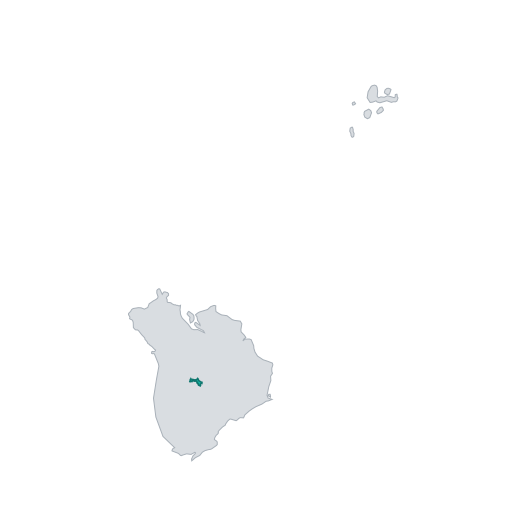 location of Mera, Pastaza, Ecuador, rotated 119°
{"feature_id": "8360857B12620262069407", "entity_name": "Mera", "entity_type": "district", "adm_level": 2, "iso_a3": "ECU", "parent_name": "Ecuador", "parent_adm1": "Pastaza", "projection": "orthographic", "projection_center": [-78.038, -1.449], "detail": "fine", "context": "in_parent", "style": "filled", "palette": "teal", "viewbox_px": 512, "rotation_deg": 119, "n_neighbors": 0, "source": "geoboundaries", "source_scale": "gbopen_adm2", "svg_char_len": 5663}
<svg xmlns="http://www.w3.org/2000/svg" viewBox="0 0 512 512"><g transform="rotate(119 256 256)"><path d="M466.3,212.9L464.9,213.9L461.4,214.2L458.6,213.4L457.5,213.4L457.3,214.3L461.0,216.6L462.7,220.8L465.3,223.3L466.9,224.6L467.0,225.5L466.5,227.1L466.3,228.5L467.2,234.9L466.6,235.3L464.7,235.3L463.1,234.2L458.9,249.9L445.4,265.5L430.1,276.7L412.5,283.1L399.5,287.5L397.5,289.2L391.1,297.1L390.8,297.9L391.7,299.2L391.8,300.1L390.8,300.6L390.0,300.7L389.6,300.3L389.4,299.3L388.5,298.3L387.5,298.1L386.9,298.3L386.9,299.2L385.6,303.4L385.5,305.5L385.0,306.3L385.0,308.1L383.7,309.9L382.7,312.7L381.6,313.6L380.2,318.0L378.3,322.4L378.1,323.9L378.8,325.0L379.0,325.8L378.1,328.5L373.6,331.2L372.4,332.5L371.9,333.9L372.2,335.2L372.1,336.2L370.6,336.6L369.1,339.1L368.0,339.6L365.2,338.8L363.1,338.8L361.5,338.0L358.2,333.8L357.0,331.3L356.6,327.9L353.5,325.7L349.4,326.3L348.1,325.5L345.1,324.1L342.5,322.4L340.5,321.6L339.0,322.0L336.5,324.8L334.2,326.0L333.2,325.9L331.7,325.1L331.5,324.2L335.0,319.4L332.4,319.3L331.5,318.3L331.3,317.1L330.9,315.8L331.4,314.2L332.8,313.4L334.8,314.1L336.2,314.1L337.2,312.6L339.1,311.5L339.4,310.8L338.4,308.5L338.2,307.2L338.5,306.5L338.4,303.9L337.8,303.0L337.7,301.6L337.2,300.8L337.0,299.0L335.7,298.1L339.9,296.4L341.5,295.1L343.4,293.9L345.0,292.1L346.1,290.4L348.6,282.2L351.0,277.1L350.6,274.6L348.6,271.3L348.2,266.4L348.3,264.9L348.1,263.8L346.8,265.8L347.1,273.1L345.9,276.3L344.3,277.1L343.2,276.5L343.8,271.2L342.6,272.2L340.7,275.8L337.6,278.4L337.4,279.3L336.6,280.4L334.2,279.4L332.4,278.3L326.3,272.4L322.3,271.1L319.9,269.1L319.3,268.2L319.1,267.0L321.5,265.8L324.0,264.1L324.3,260.4L324.2,257.5L322.3,252.5L323.2,246.1L322.7,243.5L320.6,238.2L322.2,235.5L327.8,233.5L329.6,232.2L330.9,227.9L332.2,225.4L334.7,226.4L336.6,226.3L334.0,225.3L331.8,221.5L331.5,219.7L335.6,214.5L337.8,213.1L340.5,210.3L342.8,206.1L343.3,199.5L342.4,194.8L341.7,189.8L343.0,188.5L346.5,187.8L349.3,186.2L350.7,184.7L354.0,185.0L357.8,182.6L364.0,181.5L372.5,178.8L374.4,176.5L373.6,172.4L376.7,174.9L378.2,176.8L382.6,179.0L387.8,183.0L391.2,185.0L394.9,186.8L400.3,188.7L403.6,188.4L405.0,191.4L406.2,192.2L409.3,193.2L409.7,193.6L410.9,199.1L411.5,199.9L414.2,200.8L417.5,201.1L418.9,200.9L421.8,202.4L426.3,203.7L427.9,203.9L428.6,203.6L428.9,203.1L430.2,203.2L432.1,203.9L434.9,204.0L436.7,203.4L437.1,200.3L437.7,199.6L439.7,198.5L440.8,198.7L446.0,201.2L447.1,202.0L448.4,203.7L450.9,206.2L453.6,207.8L457.7,208.5L461.7,211.2L466.3,212.9ZM54.4,210.5L56.0,212.1L56.8,216.9L61.9,221.9L62.6,224.7L62.1,226.0L62.4,226.5L64.8,228.5L66.4,230.6L63.7,235.5L58.0,237.6L52.0,237.5L50.8,237.0L49.1,235.2L48.8,233.5L49.7,231.9L52.9,229.5L57.7,227.3L58.3,225.6L56.3,224.0L55.0,220.8L52.0,218.6L50.5,211.8L49.4,211.4L47.4,212.4L46.4,211.6L46.2,211.1L48.4,209.5L48.9,208.4L52.2,207.9L53.6,208.8L54.4,210.5ZM78.2,231.0L76.8,231.1L72.9,228.6L73.2,226.1L74.7,224.4L79.8,223.6L81.9,225.1L81.8,228.1L80.0,230.2L78.7,230.6L78.2,231.0ZM340.6,287.3L340.1,288.3L337.7,288.2L337.0,287.9L337.6,283.1L338.2,281.6L340.2,280.1L341.9,279.4L344.1,279.5L346.4,280.9L343.7,283.3L341.6,284.0L340.6,287.3ZM50.5,223.1L48.0,223.6L45.9,222.7L45.0,221.3L44.8,219.3L45.0,218.6L49.7,217.8L51.2,219.5L51.2,222.1L50.5,223.1ZM101.4,234.5L98.5,235.6L96.8,234.6L96.6,234.0L98.3,232.3L99.9,231.5L101.3,229.6L104.0,228.5L104.8,228.8L105.3,229.1L105.5,229.8L104.6,231.3L103.0,232.3L101.4,234.5ZM72.1,219.7L70.9,220.5L66.1,219.6L64.6,218.1L65.8,216.0L66.9,215.2L69.7,216.0L72.6,218.2L72.1,219.7ZM76.0,245.8L74.9,245.8L73.5,244.7L74.6,242.7L76.6,243.8L77.1,244.5L76.0,245.8ZM372.3,177.6L370.8,177.8L370.1,176.6L371.9,175.1L372.5,174.9L372.3,177.6Z" fill="#d9dde1" stroke="#a8b0b8" stroke-width="1"/><path d="M391.3,247.7L391.3,247.8L391.5,247.8L391.5,247.7L391.7,247.8L391.8,247.8L392.2,247.8L392.5,247.8L392.8,248.0L393.1,248.3L393.3,248.6L393.6,248.8L393.7,249.0L393.8,249.0L393.9,249.3L394.0,249.5L394.2,249.8L394.3,250.0L394.3,250.3L394.3,250.6L394.4,250.8L394.5,251.1L394.6,251.3L394.7,251.6L394.8,251.9L394.8,252.1L394.9,252.3L395.1,252.9L395.1,253.0L395.3,253.4L395.2,253.5L395.3,253.5L395.5,253.6L395.8,253.6L396.0,253.6L396.4,253.4L396.5,253.4L396.8,253.3L397.0,253.1L397.4,253.0L397.5,253.1L397.9,253.1L398.0,252.9L397.9,252.8L397.9,252.7L397.7,252.7L397.4,252.6L397.2,252.5L397.2,252.4L397.3,252.3L397.3,252.2L397.2,252.2L396.9,252.0L396.9,251.9L396.8,252.0L396.8,251.9L396.8,251.7L396.7,251.5L396.7,251.4L396.7,251.5L396.7,251.4L396.7,251.2L396.4,251.2L396.2,251.2L395.9,251.0L395.9,250.9L395.7,250.9L395.3,249.2L395.2,249.2L395.2,249.3L395.1,249.2L395.1,248.7L394.9,248.5L394.8,248.4L394.7,248.0L394.6,247.9L394.5,247.7L394.4,247.6L394.4,247.4L394.5,247.3L394.5,247.2L394.5,246.9L394.6,246.7L394.8,246.5L394.9,246.4L395.0,246.4L395.0,246.2L395.2,246.3L395.3,246.3L395.4,246.2L395.4,245.9L395.6,245.8L395.6,245.7L395.8,245.6L395.8,245.4L395.8,245.1L395.7,245.0L395.7,244.9L395.8,244.9L395.9,244.7L396.0,244.4L396.3,244.3L396.3,244.2L396.5,244.1L396.6,243.9L396.6,243.7L396.7,243.4L396.8,243.4L396.8,243.2L396.7,241.9L396.5,242.0L396.4,241.9L396.2,241.9L395.9,241.9L395.7,241.8L395.4,242.0L395.2,242.2L395.2,242.3L394.8,242.4L394.7,242.4L394.7,242.5L394.4,242.4L394.1,242.3L394.0,242.2L393.9,242.2L393.7,242.0L393.4,242.1L393.4,241.9L393.3,242.0L393.2,242.0L392.9,242.1L392.8,241.9L392.7,241.9L392.6,242.0L392.8,242.3L392.8,242.5L392.8,242.8L392.8,243.9L392.8,244.0L392.9,244.3L392.8,244.6L392.7,244.7L392.7,244.8L392.8,245.0L392.8,245.3L392.8,245.5L392.7,245.5L392.6,245.8L392.6,246.0L392.4,246.2L392.3,246.3L392.2,246.4L392.0,246.5L392.1,246.8L391.9,247.3L391.6,247.4L391.4,247.5L391.3,247.7Z" fill="#14b8a6" stroke="#0f766e" stroke-width="1.5"/></g></svg>